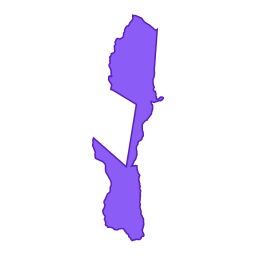 La Poma, Salta, Argentina (Natural Earth projection)
{"feature_id": "61730980B84051306954372", "entity_name": "La Poma", "entity_type": "district", "adm_level": 2, "iso_a3": "ARG", "parent_name": "Argentina", "parent_adm1": "Salta", "projection": "natural_earth1", "projection_center": [-66.198, -24.176], "detail": "fine", "context": "isolated", "style": "filled", "palette": "violet", "viewbox_px": 256, "rotation_deg": 0, "n_neighbors": 0, "source": "geoboundaries", "source_scale": "gbopen_adm2", "svg_char_len": 5902}
<svg xmlns="http://www.w3.org/2000/svg" viewBox="0 0 256 256"><path d="M141.2,211.7L140.9,211.1L140.7,209.9L140.2,208.3L139.9,206.7L140.0,205.9L140.2,205.4L140.3,204.7L140.2,204.0L139.8,203.2L139.7,201.9L140.1,199.5L140.1,197.4L140.4,196.4L140.2,195.8L140.3,195.4L140.5,194.9L140.2,193.3L140.3,192.8L140.5,192.3L140.6,191.0L140.5,190.4L140.2,189.7L139.6,189.2L139.5,188.9L139.6,188.2L139.9,187.8L140.2,186.7L140.1,185.8L139.8,185.5L139.6,185.0L139.8,183.6L139.6,183.1L139.1,182.5L139.1,182.1L139.1,181.7L139.3,181.4L138.7,180.3L138.6,180.0L138.9,179.2L139.0,178.0L139.1,177.6L138.9,176.9L139.0,176.6L139.5,176.1L139.7,175.6L139.7,175.3L139.4,174.9L139.3,174.6L138.5,173.7L138.0,172.6L137.7,171.4L137.1,169.4L137.1,168.6L136.9,167.8L136.9,167.3L137.0,166.3L136.9,165.7L135.7,165.5L134.8,165.7L134.4,165.8L133.8,165.6L133.4,165.8L132.7,166.1L131.6,166.1L133.0,163.8L134.0,161.4L134.6,160.5L135.2,159.9L135.6,159.3L137.0,154.4L136.8,153.4L136.9,152.0L136.5,150.1L136.4,149.4L136.3,147.7L136.4,147.0L136.8,145.9L137.5,144.7L137.9,144.2L138.1,142.1L139.4,140.9L140.1,140.6L141.3,139.8L141.6,139.5L141.9,138.8L141.8,138.3L141.9,137.8L142.2,137.5L142.3,137.1L143.2,136.1L143.3,135.0L143.2,134.4L143.1,132.8L142.8,131.3L142.3,130.2L142.3,128.3L142.1,127.9L142.1,127.5L142.3,127.0L142.2,125.8L142.1,125.3L142.5,123.9L144.0,122.1L145.3,120.8L146.3,120.2L147.0,120.1L147.4,119.5L147.7,118.9L148.1,118.3L149.4,116.8L149.8,116.3L150.0,115.7L150.3,115.2L151.2,114.3L151.5,113.5L151.6,112.4L152.1,110.8L152.3,109.6L152.7,108.8L152.7,108.3L152.6,107.6L152.6,105.5L152.4,104.7L151.8,104.5L151.5,103.9L151.4,103.4L151.2,103.0L151.1,101.4L153.4,102.2L154.6,102.3L155.6,101.7L156.6,101.6L158.8,100.7L160.5,100.7L161.6,100.3L163.4,98.3L163.2,97.6L162.7,97.2L161.0,97.0L160.5,97.1L160.2,97.3L159.5,98.1L158.8,98.7L157.5,99.2L156.7,99.3L156.5,99.1L156.4,98.7L156.5,97.9L156.5,97.3L156.3,96.8L155.8,96.2L155.8,95.8L155.9,93.9L155.8,93.4L155.7,93.1L155.5,92.2L155.3,91.8L155.3,91.5L155.0,91.3L154.2,91.2L153.9,90.9L153.5,89.9L153.6,88.7L153.7,88.2L154.2,87.4L154.2,87.0L153.8,86.2L153.3,84.6L153.1,83.6L153.0,81.9L152.9,81.6L153.1,79.4L153.5,78.3L153.8,77.7L154.0,76.4L154.3,75.6L154.4,74.0L154.6,73.2L154.6,72.9L154.4,72.2L154.3,71.1L154.3,69.1L157.2,29.5L156.9,29.8L156.5,29.8L156.1,30.1L155.7,30.3L154.5,29.3L153.7,29.0L153.4,28.7L153.0,28.1L151.8,27.0L151.2,26.7L150.2,25.7L149.3,25.1L149.1,24.8L147.7,24.2L147.2,23.7L146.6,23.5L146.4,23.2L145.7,22.9L144.9,22.2L144.5,22.1L144.0,21.4L143.3,20.4L142.7,19.8L142.1,18.8L141.7,18.4L141.0,17.9L139.8,17.5L139.4,17.1L138.5,16.9L138.0,16.5L137.6,16.5L135.8,15.7L134.3,15.4L133.9,15.5L133.4,15.9L133.0,15.7L132.8,15.5L132.7,16.5L133.0,18.5L132.9,18.8L132.6,19.5L132.2,20.0L131.5,21.2L131.1,21.6L130.9,21.6L130.3,22.4L130.0,22.5L129.7,23.3L129.2,24.3L128.7,25.5L128.3,25.9L128.0,26.0L127.2,25.9L126.7,26.6L126.0,27.1L125.4,28.2L124.7,29.8L124.7,30.4L124.5,31.0L124.5,31.5L124.4,32.0L124.0,32.6L123.7,33.1L123.6,33.6L123.8,34.0L123.5,35.0L123.2,36.6L122.7,37.5L120.6,38.6L120.2,39.0L119.2,38.9L117.9,38.5L116.9,38.7L116.3,39.3L115.7,40.8L115.5,41.1L115.1,42.1L115.0,42.5L115.2,42.9L115.3,43.2L115.5,43.9L115.5,44.4L115.3,44.9L114.5,45.6L114.3,46.0L114.3,46.4L114.3,47.0L114.6,47.4L114.6,47.9L114.5,49.3L114.7,50.7L114.8,51.1L114.7,51.8L113.8,52.8L113.0,53.0L112.6,53.1L112.2,53.5L111.9,53.7L111.6,53.6L111.3,53.8L111.4,54.0L111.4,54.7L111.0,55.6L110.5,56.5L110.0,56.7L109.8,57.0L109.8,57.5L110.0,57.8L109.9,58.5L110.0,59.9L110.0,60.2L109.8,60.7L109.7,61.0L110.2,62.1L109.9,63.4L109.5,63.8L109.0,64.9L109.1,65.5L109.5,66.8L110.7,69.3L111.1,71.5L111.2,74.3L111.2,74.7L111.4,75.7L111.6,75.9L111.7,76.3L111.7,76.6L111.4,76.7L110.6,76.1L109.3,76.1L108.7,76.8L108.8,78.4L108.6,78.9L108.7,79.9L109.0,80.6L109.4,81.1L109.8,82.0L110.6,82.8L110.9,83.6L111.5,84.5L111.6,85.0L111.6,85.9L111.4,86.5L111.3,86.9L111.2,87.0L111.1,87.3L110.9,88.1L110.9,88.9L111.0,89.2L110.9,89.7L111.0,90.3L111.2,89.1L136.4,104.4L126.3,166.8L93.5,137.9L93.0,139.7L92.9,140.5L93.1,141.1L93.0,142.0L93.1,142.7L92.6,145.7L93.0,146.2L93.2,146.8L93.6,147.7L94.3,149.8L95.2,151.6L95.4,152.4L95.1,153.2L95.0,154.9L95.3,157.8L95.6,158.3L96.4,158.8L102.5,161.5L103.7,162.5L104.8,163.7L105.4,165.0L105.5,165.5L105.5,169.8L105.6,170.7L105.9,172.2L110.2,179.6L111.0,181.7L111.3,183.7L111.2,185.5L110.3,186.9L110.1,191.8L107.5,194.0L105.2,199.3L104.3,200.7L104.1,201.7L104.0,202.6L104.2,203.2L104.6,203.9L105.1,205.5L104.7,206.0L104.2,208.0L102.9,210.2L103.0,212.5L103.3,213.7L103.9,214.7L104.8,215.5L105.1,216.5L105.1,217.6L104.8,218.0L104.6,218.4L104.4,219.3L104.6,220.0L104.9,220.2L105.1,220.5L105.4,222.0L105.7,222.3L105.7,223.7L105.4,224.4L105.6,225.1L105.9,225.3L106.3,225.4L106.7,225.6L107.2,226.2L107.5,227.0L107.8,227.2L108.1,227.2L110.3,227.2L110.8,227.3L111.3,227.6L112.2,227.6L112.6,227.8L113.4,228.5L114.0,229.0L114.4,229.5L114.8,229.6L115.2,229.7L115.7,229.6L116.0,229.7L117.4,229.9L118.9,229.1L119.2,228.8L120.2,228.8L121.6,228.5L123.4,228.8L124.5,230.2L124.9,230.5L125.0,231.3L125.7,231.9L126.3,232.9L126.6,233.0L126.7,233.5L127.2,233.8L127.7,234.0L128.2,234.3L128.2,234.5L128.6,234.9L128.6,235.2L128.7,235.7L128.7,236.0L128.9,236.7L129.7,237.3L130.4,238.0L130.8,238.8L131.0,239.6L131.4,239.7L132.2,240.6L132.6,240.2L133.3,240.2L133.6,239.9L133.9,240.0L134.4,239.8L134.9,239.9L135.5,239.6L135.6,239.4L135.8,239.2L136.2,239.2L136.9,239.5L137.4,239.3L138.3,239.4L138.7,239.6L139.3,239.6L139.6,239.5L140.0,239.2L140.9,238.6L141.3,237.3L142.1,236.4L142.3,236.3L143.2,236.3L143.5,236.2L143.8,235.8L143.8,235.6L143.7,235.1L143.9,234.8L143.6,234.3L143.5,233.8L143.3,233.6L143.2,232.9L142.7,232.5L142.6,231.9L142.4,231.2L142.4,230.3L142.2,229.7L142.5,229.1L142.8,228.7L143.1,226.6L143.6,225.7L143.7,225.0L143.7,223.6L143.5,221.4L143.5,219.4L143.3,218.4L142.7,217.6L141.9,215.5L141.6,215.4L141.2,214.7L141.1,214.2L140.9,214.0L140.8,213.6L140.8,213.0L141.2,211.7Z" fill="#8b5cf6" stroke="#5b21b6" stroke-width="1.5"/></svg>